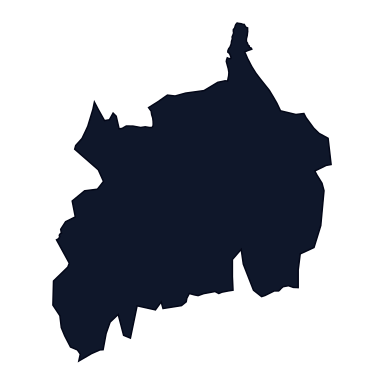 outline of Gombi, Adamawa, Nigeria
{"feature_id": "59680162B13073760931893", "entity_name": "Gombi", "entity_type": "district", "adm_level": 2, "iso_a3": "NGA", "parent_name": "Nigeria", "parent_adm1": "Adamawa", "projection": "equal_earth", "projection_center": [12.487, 10.209], "detail": "fine", "context": "isolated", "style": "filled", "palette": "ink", "viewbox_px": 384, "rotation_deg": 0, "n_neighbors": 0, "source": "geoboundaries", "source_scale": "gbopen_adm2", "svg_char_len": 2471}
<svg xmlns="http://www.w3.org/2000/svg" viewBox="0 0 384 384"><path d="M94.4,102.1L92.9,109.4L87.8,126.2L85.5,131.2L82.0,138.5L75.7,145.5L74.7,149.2L91.0,163.4L98.3,169.8L103.5,181.4L99.4,186.7L97.4,189.2L84.6,190.8L72.2,201.0L75.3,216.9L65.6,221.7L60.7,229.3L61.4,233.2L60.4,233.6L59.5,234.8L59.3,235.8L59.8,236.7L58.7,238.5L57.7,239.2L56.5,239.8L69.3,263.2L67.8,267.1L53.5,281.0L52.9,305.1L59.9,315.7L61.3,327.6L64.7,335.8L70.5,347.0L77.4,349.9L80.3,354.1L78.8,361.0L91.5,353.6L99.9,349.9L103.1,349.7L106.1,333.5L110.1,322.1L118.2,314.4L123.6,335.3L130.4,338.1L137.1,305.8L154.7,309.7L155.4,309.9L161.2,301.9L163.0,308.5L181.5,305.6L186.2,301.8L186.8,298.3L189.3,293.5L194.5,294.9L198.1,295.6L203.7,293.6L210.8,292.3L215.0,291.5L218.8,293.5L221.8,292.2L228.4,290.9L233.0,290.2L232.4,276.7L232.4,259.5L241.2,249.3L243.3,264.1L253.5,290.2L261.6,296.6L265.0,295.5L274.3,290.9L278.7,290.9L280.2,289.5L281.0,288.5L283.1,286.7L288.5,285.7L293.3,287.4L298.2,287.6L298.2,270.0L300.2,253.9L308.9,249.9L314.0,247.5L318.3,233.6L320.8,225.5L321.0,223.1L321.7,215.5L324.0,190.7L322.0,183.2L316.9,175.0L314.8,171.0L326.2,165.4L331.1,164.5L328.1,138.3L319.1,133.4L313.7,128.1L306.0,117.6L303.9,113.5L295.9,114.5L280.5,110.8L276.9,103.2L273.4,97.1L269.3,90.3L260.0,78.6L255.9,73.2L252.9,68.4L251.9,66.8L250.2,63.6L249.1,61.4L247.7,58.8L245.7,54.1L244.6,52.0L245.4,51.6L246.2,51.3L247.7,50.6L251.8,49.2L251.7,48.9L251.4,48.5L251.1,48.0L250.8,47.8L250.3,47.8L249.7,47.6L249.4,47.3L249.2,46.9L249.4,46.4L249.2,45.9L248.5,45.5L247.7,44.3L247.5,43.2L246.4,41.5L246.4,38.8L247.2,35.6L247.5,32.8L247.7,31.6L247.6,30.0L247.6,27.9L245.7,27.1L244.2,24.4L243.1,24.4L241.1,23.7L239.7,23.5L238.3,23.3L237.1,23.0L235.8,24.5L235.3,25.7L234.9,27.1L234.3,28.5L233.4,29.4L233.3,31.0L233.6,33.0L233.1,34.5L232.1,36.9L232.3,38.9L231.5,41.3L231.2,44.0L230.0,47.0L228.7,48.7L227.9,50.7L227.8,52.1L228.9,52.9L229.8,54.1L230.5,55.9L231.0,57.4L230.7,58.6L228.8,58.5L227.3,57.8L226.6,59.7L226.3,61.5L226.7,62.9L227.5,65.9L228.3,68.8L228.9,72.5L228.6,76.0L228.1,78.3L227.6,81.0L225.0,80.8L222.8,81.3L217.8,82.3L204.0,90.6L185.6,93.1L175.1,96.0L167.4,95.1L157.7,101.9L148.6,107.6L151.2,111.2L151.4,112.9L151.7,114.8L152.7,117.9L153.1,121.2L153.2,124.2L153.0,126.0L152.0,127.5L149.4,127.5L145.3,126.8L140.7,127.5L133.0,126.1L126.3,126.0L123.7,127.5L122.2,128.4L119.1,128.8L116.2,116.2L113.1,113.1L109.4,119.8L104.5,120.6L98.4,109.7L94.4,102.1L94.4,102.1Z" fill="#0f172a" stroke="#020617" stroke-width="1.5"/></svg>